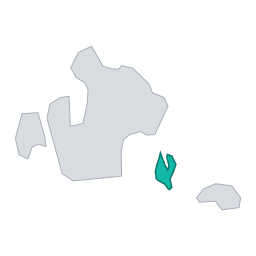 location of Lumparland within Aland
{"feature_id": "ALD-4819", "entity_name": "Lumparland", "entity_type": "state/province", "adm_level": 1, "iso_a3": "ALA", "parent_name": "Aland", "parent_adm1": "", "projection": "mercator", "projection_center": [20.249, 60.105], "detail": "fine", "context": "in_parent", "style": "filled", "palette": "teal", "viewbox_px": 256, "rotation_deg": 0, "n_neighbors": 0, "source": "natural_earth", "source_scale": "10m", "svg_char_len": 1030}
<svg xmlns="http://www.w3.org/2000/svg" viewBox="0 0 256 256"><path d="M112.4,69.0L118.7,69.1L121.5,65.6L132.6,68.1L149.2,84.2L152.5,92.9L164.0,97.4L168.0,106.4L154.7,134.5L146.5,135.1L140.4,131.5L129.7,134.6L123.3,139.9L121.2,151.6L121.6,176.0L73.3,180.9L62.2,173.7L47.0,118.2L50.0,103.8L60.2,97.6L69.0,96.3L70.3,126.3L83.1,123.3L87.2,103.6L88.1,89.6L84.6,82.6L75.8,77.2L70.8,67.8L78.1,52.7L91.5,46.2L103.1,66.3L112.4,69.0ZM44.9,137.2L46.0,146.5L38.1,144.2L32.0,147.3L27.9,158.8L19.0,154.7L15.4,138.3L22.0,113.7L38.0,112.7L44.9,137.2ZM240.6,197.8L239.0,207.6L222.2,209.8L215.1,201.1L199.4,202.2L196.6,197.8L203.2,189.1L215.6,183.7L231.9,185.9L240.6,197.8Z" fill="#d9dde1" stroke="#a8b0b8" stroke-width="1"/><path d="M171.8,155.9L175.9,164.4L173.4,171.8L170.0,179.1L171.8,187.2L169.5,189.6L168.0,188.8L166.6,186.4L164.6,184.1L157.7,180.2L156.2,178.5L155.4,171.6L156.8,164.9L159.0,158.5L160.4,152.8L165.0,165.2L167.8,170.0L169.0,165.8L166.8,157.3L167.3,154.5L171.8,155.9Z" fill="#14b8a6" stroke="#0f766e" stroke-width="1.5"/></svg>